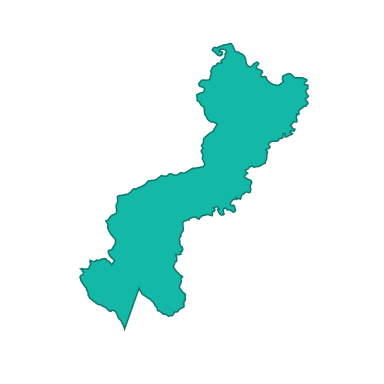 outline of Amaralina, Goiás, Brazil, rotated 112°
{"feature_id": "56859067B2639795556258", "entity_name": "Amaralina", "entity_type": "district", "adm_level": 2, "iso_a3": "BRA", "parent_name": "Brazil", "parent_adm1": "Goiás", "projection": "robinson", "projection_center": [-49.631, -13.842], "detail": "fine", "context": "isolated", "style": "filled", "palette": "teal", "viewbox_px": 384, "rotation_deg": 112, "n_neighbors": 0, "source": "geoboundaries", "source_scale": "gbopen_adm2", "svg_char_len": 6024}
<svg xmlns="http://www.w3.org/2000/svg" viewBox="0 0 384 384"><g transform="rotate(112 192 192)"><path d="M143.3,139.6L141.4,137.9L139.7,136.9L137.8,134.9L136.6,135.3L133.2,135.2L131.6,135.7L130.3,136.4L129.0,136.7L127.3,136.7L126.0,137.5L125.1,139.5L123.8,138.4L122.9,136.9L120.9,136.4L119.9,138.6L117.9,138.9L115.2,137.0L114.1,135.2L113.6,133.3L112.6,131.7L111.6,131.0L110.4,131.5L109.3,130.2L108.6,128.8L107.2,128.1L103.8,129.6L103.1,127.5L105.0,127.2L106.0,126.3L105.2,124.8L102.3,122.3L101.5,121.3L100.3,120.6L99.8,123.5L98.2,123.3L97.8,121.6L96.9,120.0L95.2,120.1L95.6,122.4L94.2,123.5L93.5,125.8L90.4,124.4L88.8,124.6L88.6,122.9L87.7,121.1L86.0,121.6L84.9,122.4L84.0,123.5L81.9,123.5L80.5,124.2L80.7,122.9L79.6,121.9L77.7,123.1L75.6,123.2L73.4,121.7L70.4,120.1L69.8,118.5L68.2,118.4L66.7,117.6L65.6,118.1L63.9,121.3L62.5,121.9L61.6,120.6L59.5,119.9L58.3,122.1L56.0,124.5L54.1,124.2L52.5,123.2L50.8,124.2L49.5,124.5L50.0,128.1L48.2,128.8L46.6,127.4L45.1,127.4L44.7,129.3L44.8,132.6L47.5,139.4L47.0,141.2L46.3,142.6L45.7,144.4L45.7,146.1L46.4,147.3L49.5,150.4L50.9,151.2L53.5,150.5L54.5,149.6L55.2,148.4L59.2,150.7L60.2,151.5L61.0,152.4L61.5,154.0L61.9,157.6L61.7,159.9L59.9,164.6L57.8,166.2L57.5,167.8L58.5,169.0L59.2,170.7L57.5,172.4L56.1,171.7L54.6,171.4L53.4,172.4L53.2,174.2L53.4,178.7L51.0,179.2L49.3,178.4L47.9,178.2L47.0,180.2L48.8,181.8L50.5,182.9L53.1,183.7L54.4,185.3L54.0,187.4L53.4,188.9L50.5,191.0L47.8,192.8L46.4,194.4L45.5,196.5L45.3,199.6L44.9,201.6L45.6,203.9L45.1,205.1L41.8,208.2L39.8,211.0L40.2,212.8L41.8,214.3L43.9,217.9L45.3,219.0L46.8,221.0L48.3,222.2L49.2,223.2L49.5,225.5L51.2,226.3L53.0,226.3L53.5,224.0L55.4,219.5L55.4,217.5L54.7,216.2L52.8,215.4L50.9,216.2L50.8,218.0L51.5,219.2L50.4,219.8L48.9,218.8L47.7,216.2L47.7,214.3L48.2,213.1L49.4,212.4L51.7,213.0L53.3,212.2L55.0,211.9L56.6,212.5L58.5,213.9L60.0,214.3L61.0,212.6L62.3,214.0L62.5,216.0L63.5,216.8L64.8,216.9L65.9,217.5L67.4,219.2L68.9,219.8L70.5,219.7L72.6,220.0L74.7,218.6L78.5,218.1L80.0,217.6L81.7,218.2L83.3,221.2L83.5,222.6L84.7,224.9L88.6,226.3L90.1,225.8L91.1,224.3L90.8,222.1L90.8,220.2L91.8,218.7L95.1,218.7L97.7,222.0L99.8,223.9L101.1,223.7L102.3,222.6L105.1,221.7L106.1,218.5L107.9,216.4L108.5,214.8L108.5,213.0L110.3,212.0L111.3,211.1L113.0,210.6L114.0,209.8L115.2,209.3L117.0,206.5L118.0,205.8L119.2,203.8L120.0,200.4L119.2,198.9L119.2,196.8L119.5,194.3L121.8,194.3L125.7,195.1L127.2,194.9L129.2,196.2L130.1,197.1L136.0,200.3L138.6,201.1L141.8,200.1L143.3,200.0L145.3,200.7L147.4,198.1L150.3,199.0L151.8,197.9L153.0,195.9L154.8,195.3L156.6,195.2L157.7,194.6L158.7,193.2L161.1,190.8L162.8,190.5L164.6,191.5L165.6,193.0L168.7,197.8L169.8,200.4L174.0,203.4L177.5,206.2L178.5,210.0L181.5,211.8L182.5,213.3L183.0,215.3L183.0,217.6L183.4,219.6L186.8,221.3L187.8,224.0L188.3,226.6L193.3,229.4L195.7,231.8L196.1,233.4L197.9,236.2L199.3,237.4L200.5,237.4L203.0,238.6L206.0,241.0L208.3,243.6L209.9,244.6L210.5,246.7L212.2,248.1L214.9,248.8L217.7,250.5L218.7,251.7L219.6,253.4L220.5,254.4L223.0,258.8L225.0,259.4L226.0,258.5L228.2,257.4L229.8,257.2L231.8,257.5L233.2,257.2L237.5,254.9L239.4,254.2L241.1,255.1L243.9,257.7L245.9,258.6L249.2,259.2L251.1,261.1L253.1,258.3L254.1,257.6L256.2,257.1L258.1,255.6L261.6,251.3L264.6,245.5L265.9,244.6L269.5,243.8L272.6,244.5L274.8,244.6L276.1,245.4L277.1,247.0L278.3,247.6L279.6,246.7L281.6,244.8L282.4,243.6L283.4,241.2L284.3,238.1L289.7,239.1L288.2,241.1L287.4,243.4L287.3,245.3L286.2,246.7L286.6,248.3L288.3,251.0L289.3,251.6L290.8,253.4L290.8,255.0L292.5,255.8L293.7,257.7L293.4,259.4L293.5,260.9L295.4,260.4L296.4,259.0L297.9,258.9L299.0,259.3L301.1,258.9L302.6,260.3L304.1,263.5L304.2,265.2L305.0,266.4L305.5,264.9L307.2,262.7L308.7,261.9L311.5,263.9L313.0,264.0L314.1,262.9L315.6,261.9L318.8,257.6L320.8,253.7L322.4,253.0L323.5,251.3L325.1,250.2L326.5,249.7L327.4,248.3L328.6,247.3L331.3,238.0L331.3,235.9L330.6,234.2L331.4,232.3L331.4,228.7L332.2,227.1L333.4,223.7L333.1,222.4L331.7,222.0L331.1,220.3L331.5,218.2L333.0,216.2L336.3,213.1L337.2,211.4L337.7,209.8L338.9,208.3L340.2,207.2L340.8,206.0L341.9,205.4L342.9,204.1L344.2,203.2L300.8,205.1L302.6,203.4L305.4,199.7L306.3,194.8L306.9,193.0L307.0,190.7L308.0,188.8L308.6,186.8L311.3,183.3L311.9,181.8L312.9,180.6L314.9,179.6L314.6,177.5L315.2,175.2L315.9,173.7L315.9,172.3L315.1,170.5L315.7,168.6L315.9,167.0L315.0,165.9L313.9,163.8L309.5,162.9L309.1,161.4L308.0,160.3L306.4,160.2L304.4,158.9L301.9,156.6L300.5,156.6L299.1,157.7L296.3,158.3L294.5,157.6L291.0,159.6L289.8,159.4L288.6,161.6L288.2,163.5L285.7,167.3L284.3,168.4L281.6,168.1L279.0,168.4L277.5,169.3L275.9,169.8L274.2,168.9L273.4,170.6L273.5,172.8L272.3,174.1L271.8,175.8L271.0,177.4L268.7,181.0L267.1,181.4L265.4,181.1L263.5,181.7L262.3,180.4L261.0,180.5L259.7,181.0L258.3,181.8L257.0,182.9L256.1,183.8L255.6,181.9L254.8,180.1L253.9,179.0L252.7,179.3L251.7,180.3L250.6,178.9L248.7,179.0L246.6,180.5L246.7,182.1L245.4,182.9L244.0,184.5L242.3,184.6L241.2,185.8L238.4,186.4L237.1,185.6L235.5,186.5L232.8,186.2L231.5,185.7L229.3,186.2L227.7,187.3L226.1,188.0L224.3,189.1L221.8,188.3L221.1,186.9L219.7,186.1L219.2,184.3L218.0,184.5L215.3,182.0L214.3,180.0L213.8,178.2L214.8,177.1L214.4,175.1L212.5,175.1L211.2,173.9L210.0,173.9L209.2,172.0L207.0,169.1L206.4,164.4L204.4,164.9L202.8,165.6L202.0,164.5L200.3,163.9L199.1,164.7L198.8,166.2L197.0,164.6L195.9,162.7L197.2,161.9L197.7,160.4L198.6,161.7L200.4,160.1L201.9,158.2L202.4,156.2L201.6,154.5L200.2,153.9L198.7,155.6L195.5,156.4L194.1,154.9L195.4,152.7L194.4,149.9L195.3,145.9L193.1,144.7L189.2,147.3L188.6,148.5L189.7,149.7L189.5,151.4L187.3,152.4L185.6,151.6L184.1,151.7L183.0,149.7L180.7,149.2L182.1,147.9L180.4,146.3L180.6,144.6L179.5,144.2L178.0,144.9L175.8,144.5L174.3,143.3L172.3,142.5L171.3,141.1L171.4,139.2L170.3,138.0L168.0,138.3L164.3,140.5L161.9,140.0L160.0,140.6L159.3,141.7L159.0,143.1L159.3,144.9L158.9,147.0L158.3,149.2L156.8,149.2L153.7,147.5L153.3,149.5L151.7,150.7L149.6,148.6L147.4,148.1L145.3,145.9L145.9,143.9L144.7,142.3L143.3,139.6Z" fill="#14b8a6" stroke="#0f766e" stroke-width="1.5"/></g></svg>